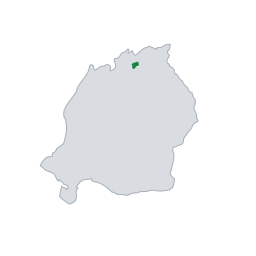 Resita, Caras-Severin, Romania (highlighted), rotated 115°
{"feature_id": "2599482B11071045688539", "entity_name": "Resita", "entity_type": "district", "adm_level": 2, "iso_a3": "ROU", "parent_name": "Romania", "parent_adm1": "Caras-Severin", "projection": "mercator", "projection_center": [21.973, 45.299], "detail": "fine", "context": "in_parent", "style": "filled", "palette": "green", "viewbox_px": 256, "rotation_deg": 115, "n_neighbors": 0, "source": "geoboundaries", "source_scale": "gbopen_adm2", "svg_char_len": 4561}
<svg xmlns="http://www.w3.org/2000/svg" viewBox="0 0 256 256"><g transform="rotate(115 128 128)"><path d="M192.2,144.0L194.2,146.9L196.9,148.5L203.0,150.1L203.6,149.9L203.6,149.6L203.2,149.2L203.1,148.6L203.4,148.0L204.3,147.9L205.7,148.5L208.3,147.7L212.2,145.4L215.8,144.9L219.0,146.3L220.7,147.9L221.7,149.4L221.4,151.3L221.2,152.4L220.3,157.3L219.8,159.1L218.8,161.1L208.7,163.5L209.4,162.3L209.1,160.3L208.7,158.8L209.6,157.4L207.4,156.9L206.4,157.6L205.6,159.0L206.3,162.0L205.2,163.7L204.8,164.6L204.7,166.8L204.1,167.8L203.9,168.8L205.5,168.6L204.8,170.5L201.8,174.1L200.7,176.3L201.0,184.9L199.6,190.0L199.5,191.5L196.3,191.6L195.4,191.5L192.3,190.7L188.9,189.3L186.9,186.7L185.7,184.8L182.8,185.7L182.2,185.4L181.4,184.5L179.3,183.9L176.6,183.9L170.5,180.4L169.9,179.8L165.1,180.4L158.0,182.1L152.6,184.3L147.0,188.0L144.7,190.9L142.1,192.4L138.4,193.5L131.7,193.1L124.7,191.6L117.2,190.1L113.2,191.0L107.7,190.3L99.5,188.5L93.3,187.9L87.3,189.0L86.3,188.2L86.1,187.2L86.3,185.9L87.1,184.8L88.6,184.0L89.4,183.2L89.5,182.3L87.8,181.0L84.4,179.1L83.1,177.9L82.7,177.6L82.6,176.6L81.9,175.7L80.6,175.1L79.6,174.0L78.9,172.4L79.0,170.9L80.1,169.5L81.4,168.9L83.0,169.1L83.6,168.7L83.4,167.7L81.8,166.4L78.9,164.9L76.0,165.7L73.1,168.9L70.9,169.5L69.6,167.3L67.3,166.0L63.9,165.6L61.9,164.8L61.1,163.5L59.6,162.6L56.4,161.5L56.4,160.6L56.9,160.3L58.0,160.2L59.6,160.0L59.8,159.5L59.8,159.0L58.6,158.3L57.4,157.9L56.8,157.4L56.4,156.9L56.3,156.4L56.6,156.1L57.1,156.1L57.6,155.8L57.9,154.6L58.5,153.6L59.0,153.3L59.0,152.5L58.5,151.9L57.8,151.3L56.8,150.9L53.8,149.9L52.2,148.5L51.3,148.4L49.8,147.7L48.1,146.4L46.7,144.7L45.2,143.5L44.8,143.1L44.8,142.6L45.1,142.1L45.0,141.6L44.6,139.9L44.9,138.0L44.8,136.3L44.8,135.5L44.5,135.3L44.3,135.6L43.9,135.9L43.5,136.0L42.4,134.7L41.0,132.1L40.0,131.3L38.1,130.1L36.6,129.1L35.4,127.0L34.3,125.3L35.0,124.6L39.5,123.7L41.6,124.6L42.6,124.3L43.5,123.5L44.0,122.9L44.1,122.2L44.5,121.4L46.1,121.0L50.1,121.5L51.7,120.3L52.3,119.7L52.7,118.3L53.1,117.2L54.5,116.6L54.5,115.6L54.3,114.5L55.1,112.0L55.6,111.0L56.4,110.6L57.4,109.8L59.1,108.2L58.7,106.8L59.1,105.7L60.9,103.2L62.2,100.7L62.2,99.5L62.4,98.4L63.6,97.2L64.8,95.6L66.5,90.8L67.1,90.0L68.2,89.0L69.0,88.1L69.1,84.9L69.8,84.0L71.3,82.9L72.8,81.3L73.9,79.3L74.8,78.4L76.1,78.1L77.4,77.3L78.8,77.0L80.2,77.4L81.1,77.2L82.5,76.3L86.0,72.6L86.5,71.9L87.2,71.4L90.0,70.1L90.7,68.9L91.7,67.7L92.9,67.8L97.0,70.6L101.4,70.4L102.2,70.5L102.4,70.6L102.9,70.8L108.7,72.2L109.6,72.1L109.9,72.0L112.2,73.1L114.3,72.9L116.3,72.2L118.3,71.9L120.2,72.4L121.6,74.0L125.3,77.4L126.4,78.7L128.1,78.5L130.0,77.8L131.9,75.5L137.7,73.0L142.2,72.3L146.5,71.3L151.6,70.5L153.0,68.4L153.8,67.0L154.4,64.3L157.1,63.5L159.7,62.9L160.6,62.6L162.5,62.5L163.9,62.7L166.2,64.1L167.8,65.7L168.4,67.0L169.7,68.9L171.2,71.5L172.7,75.0L173.1,76.8L173.6,78.6L174.8,80.9L177.0,83.5L177.3,84.0L178.4,85.8L180.3,89.7L181.9,91.3L183.4,93.0L184.0,94.7L185.1,96.3L187.4,98.4L189.4,100.3L190.9,105.7L192.0,108.1L192.7,110.0L192.4,113.9L192.8,115.5L191.9,118.5L190.3,124.5L189.9,129.2L190.2,131.8L190.2,133.4L190.6,134.4L191.0,136.6L191.1,138.5L190.5,139.0L189.7,139.4L189.4,139.8L190.2,140.7L191.2,142.2L192.2,144.0Z" fill="#d9dde1" stroke="#a8b0b8" stroke-width="1"/><path d="M68.7,150.7L68.8,150.6L68.9,150.4L68.8,150.2L68.9,149.9L69.0,149.9L69.3,149.8L69.4,149.7L69.4,149.8L69.5,149.7L69.7,149.4L69.7,149.2L69.8,149.1L69.9,148.9L70.0,148.9L70.0,148.7L70.2,148.8L70.3,148.8L70.5,148.9L70.5,149.0L70.8,149.1L71.0,149.1L71.0,148.9L71.1,148.7L71.3,148.6L71.3,148.4L71.2,148.3L71.2,148.2L70.9,148.0L70.9,147.9L70.8,147.7L70.7,147.7L70.5,147.8L70.3,147.9L70.2,147.8L69.9,147.8L69.8,147.7L69.8,147.8L69.7,147.8L69.7,148.0L69.4,148.0L69.2,148.1L68.9,148.0L68.7,148.2L68.4,148.2L68.2,148.2L68.3,148.3L68.2,148.3L68.2,148.2L68.0,147.9L67.9,147.8L67.9,147.7L67.7,147.7L67.7,147.4L67.7,147.2L67.4,146.9L67.4,146.7L67.2,146.7L67.1,146.4L67.0,146.2L67.0,145.9L66.9,145.9L66.8,146.0L66.8,145.9L66.7,145.9L66.4,145.9L66.3,146.0L66.2,145.9L65.9,145.8L65.8,146.0L65.7,146.1L65.4,146.3L65.5,146.3L65.4,146.4L65.4,146.5L65.5,146.5L65.4,146.7L65.4,146.8L65.2,146.9L65.2,147.0L65.3,147.2L65.3,147.3L65.3,147.5L65.2,147.7L65.3,147.7L65.4,147.8L65.5,147.8L65.7,148.0L65.8,148.1L66.0,148.2L66.0,148.3L66.0,148.2L66.0,148.3L66.1,148.5L66.3,148.6L66.3,148.8L66.3,149.0L66.5,149.2L66.6,149.3L66.6,149.5L66.8,149.6L67.0,149.7L67.1,149.8L67.3,149.9L67.5,150.0L67.8,150.1L67.9,150.3L68.0,150.4L68.0,150.5L68.3,150.7L68.4,150.8L68.5,150.8L68.6,150.7L68.7,150.7Z" fill="#22c55e" stroke="#15803d" stroke-width="1.5"/></g></svg>